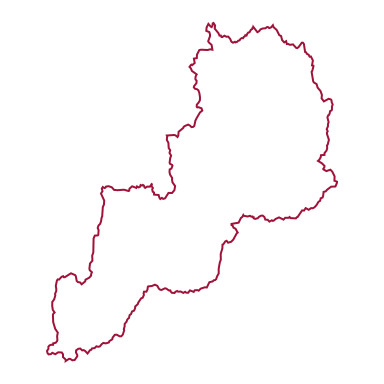 the district of General Sanchez Cerro, Moquegua, Peru
{"feature_id": "86281439B84975100544654", "entity_name": "General Sanchez Cerro", "entity_type": "district", "adm_level": 2, "iso_a3": "PER", "parent_name": "Peru", "parent_adm1": "Moquegua", "projection": "equal_earth", "projection_center": [-70.895, -16.478], "detail": "fine", "context": "isolated", "style": "outline", "palette": "rose", "viewbox_px": 384, "rotation_deg": 0, "n_neighbors": 0, "source": "geoboundaries", "source_scale": "gbopen_adm2", "svg_char_len": 5911}
<svg xmlns="http://www.w3.org/2000/svg" viewBox="0 0 384 384"><path d="M56.9,280.6L55.8,285.9L56.3,289.0L56.2,291.2L55.1,293.7L55.3,295.4L54.2,299.3L52.3,301.9L52.2,305.7L52.8,309.9L54.6,312.5L53.4,313.6L52.9,314.9L53.2,322.1L55.2,328.8L57.8,332.7L57.1,336.1L57.4,340.1L57.0,341.2L55.7,342.8L53.2,343.3L53.1,344.8L51.4,344.7L49.5,345.4L48.4,346.7L48.4,348.9L47.0,350.9L47.6,353.3L48.7,354.4L50.9,354.1L52.3,352.8L55.3,354.2L58.2,352.3L61.8,352.5L63.0,354.3L63.0,357.1L65.1,359.0L65.8,360.1L65.7,361.0L69.1,358.8L70.4,359.0L72.3,360.3L74.7,360.0L77.3,356.2L77.2,354.9L76.0,352.6L76.1,350.4L78.3,348.8L80.2,348.5L82.2,350.4L83.7,350.1L85.2,351.0L87.5,353.5L90.1,350.1L91.2,349.8L92.0,348.4L94.6,348.1L96.4,346.3L98.1,346.8L99.9,346.4L101.7,344.1L103.4,342.9L105.7,343.4L108.8,342.5L109.4,341.1L112.3,339.3L112.6,337.6L114.8,334.8L116.7,334.7L119.6,336.3L121.1,336.3L122.3,335.3L123.0,334.1L124.2,330.1L123.8,329.1L124.6,326.6L124.7,323.9L126.6,321.6L127.0,320.1L128.0,318.7L129.0,318.0L129.6,315.1L131.1,314.0L132.0,311.5L134.1,310.6L135.1,308.2L135.2,306.5L137.8,304.1L138.2,302.7L141.1,298.4L142.7,297.7L143.9,295.0L143.6,293.3L144.0,291.7L146.4,291.7L147.5,289.5L147.8,286.9L148.2,286.4L151.9,286.0L154.9,284.7L157.3,285.8L158.9,288.7L159.8,289.5L161.4,290.0L165.0,288.3L166.3,288.6L169.0,290.5L170.3,290.4L170.6,291.4L171.9,292.8L174.5,293.0L175.4,291.8L177.1,291.0L178.1,291.7L180.6,291.5L183.3,292.9L185.1,291.8L186.0,292.6L188.1,292.8L190.0,290.4L193.7,291.9L194.7,290.3L197.3,290.1L198.7,290.7L200.6,288.7L204.8,287.3L206.8,287.5L209.4,282.2L212.7,281.4L213.6,280.4L215.2,280.0L216.2,279.1L217.0,276.5L218.7,273.4L218.7,268.6L219.8,262.5L220.8,259.7L220.7,254.0L222.4,248.2L222.5,244.6L223.3,244.3L225.3,241.4L226.6,240.8L228.1,242.7L231.1,241.8L233.3,239.6L236.8,233.2L237.7,232.6L235.5,228.7L233.5,227.7L232.7,225.7L231.5,225.1L231.5,223.9L238.6,222.7L240.9,218.0L242.4,216.8L243.3,215.0L243.8,215.8L247.7,216.5L249.9,215.8L251.4,216.7L252.5,216.5L252.8,217.2L253.6,217.2L253.8,218.4L255.1,218.9L257.8,218.2L259.0,216.8L261.0,215.7L262.7,215.6L264.4,217.0L265.3,219.6L267.7,219.8L269.4,221.6L271.8,220.3L272.8,220.9L274.1,220.4L275.5,219.0L279.0,217.4L283.5,219.6L285.2,217.8L288.6,217.8L289.6,217.0L290.5,218.1L295.9,218.4L296.7,217.3L297.6,217.0L302.1,210.4L304.0,210.6L305.7,208.1L308.7,209.8L311.1,208.1L312.5,208.3L314.4,207.4L316.5,205.1L318.5,201.8L320.1,200.8L320.7,198.3L322.6,197.5L323.1,196.1L323.6,191.9L325.8,191.3L327.0,189.8L331.1,186.7L335.4,186.5L336.9,183.0L337.0,181.7L334.4,180.7L334.6,176.4L332.3,171.7L330.4,169.7L326.4,171.1L323.4,169.4L323.2,169.0L324.3,167.4L324.5,165.9L321.8,163.2L318.0,160.9L319.3,159.7L320.7,157.2L321.0,155.2L324.5,154.9L324.5,153.1L326.5,150.6L327.2,148.3L327.0,145.4L327.7,144.6L328.9,139.8L327.0,134.0L326.9,132.6L327.7,131.3L326.7,129.1L327.9,126.5L328.0,124.0L328.6,122.1L327.4,117.4L328.2,115.3L328.9,115.0L329.6,113.7L330.1,111.1L331.6,110.4L332.0,109.3L331.9,106.6L332.7,104.5L331.7,102.2L331.5,100.3L330.8,99.4L328.6,98.8L323.9,101.4L321.6,98.4L321.9,94.9L320.5,91.0L317.6,87.6L316.6,84.1L313.8,82.4L313.2,81.3L311.6,71.8L312.3,70.8L313.4,66.5L313.4,65.7L312.0,65.4L312.9,60.5L310.9,56.5L309.6,56.7L308.6,54.7L306.8,53.8L306.2,52.4L305.1,52.0L303.9,44.0L302.9,42.7L301.8,42.7L298.5,47.2L297.2,48.1L296.2,47.9L293.0,44.4L289.9,44.8L288.0,43.9L286.8,44.0L286.1,41.2L284.2,42.4L282.1,40.1L281.1,36.0L279.3,35.2L276.7,30.0L273.6,27.2L272.9,25.2L271.1,27.4L269.2,28.1L268.2,27.2L267.1,27.0L265.4,28.3L262.6,28.5L260.5,29.4L259.1,31.2L257.4,32.2L253.4,27.0L253.3,27.8L252.6,27.7L252.2,29.0L250.8,29.9L249.5,32.3L248.3,32.5L247.3,33.7L246.5,35.6L245.3,35.2L244.7,36.5L243.7,36.9L243.1,38.2L241.7,38.1L240.5,38.9L239.5,40.4L238.2,40.7L237.2,41.8L235.4,42.4L234.9,41.8L233.0,42.7L231.3,41.6L230.2,38.9L228.2,36.6L226.3,36.7L224.4,35.7L222.2,37.1L221.4,36.9L220.8,35.5L219.5,35.6L218.4,33.1L214.7,28.6L215.1,25.5L213.5,23.0L212.7,23.4L212.4,26.0L211.6,27.1L210.7,26.6L208.4,23.9L206.6,27.5L206.3,30.9L209.3,32.1L210.0,34.4L210.0,36.2L208.2,41.2L208.8,42.4L211.6,44.9L212.4,49.7L210.3,49.3L207.5,50.0L201.1,49.7L199.3,50.1L197.0,54.6L196.8,58.1L193.9,58.6L194.7,63.0L192.2,65.1L191.6,64.6L190.9,65.0L189.5,66.9L190.9,68.4L191.9,70.9L196.7,74.4L195.6,76.5L195.4,78.7L195.5,79.4L196.6,80.7L196.5,83.0L194.0,86.3L193.8,87.2L194.9,88.7L196.9,89.2L198.4,90.3L199.4,93.3L200.0,97.4L199.9,100.3L198.8,102.3L196.8,104.7L196.7,106.8L197.3,107.4L198.5,107.2L201.5,108.3L202.3,110.6L200.0,112.4L196.6,118.2L195.4,120.6L194.3,125.9L193.2,126.9L191.5,127.1L190.0,125.6L188.1,124.6L184.5,126.2L183.6,127.0L183.2,128.0L178.6,131.8L178.3,135.6L177.5,137.0L175.6,135.4L174.2,135.0L166.8,135.5L167.2,136.7L166.8,139.9L168.4,142.8L168.7,148.0L170.2,150.2L169.5,152.9L171.1,155.6L170.2,158.2L169.6,162.8L170.0,163.8L172.1,164.9L172.5,165.7L171.4,168.6L169.7,169.4L169.5,172.0L170.0,174.5L172.2,178.1L172.0,179.5L172.5,182.4L175.1,186.0L174.4,190.2L172.0,193.0L168.5,192.9L165.1,198.3L163.2,198.9L161.9,197.9L160.3,199.0L159.4,197.7L158.6,195.0L154.1,194.6L154.0,192.5L152.7,191.7L152.2,189.2L152.9,188.0L151.5,186.1L151.9,184.3L151.6,184.1L149.9,186.7L147.2,186.6L145.2,187.9L144.6,187.5L143.9,185.6L142.9,184.9L142.1,185.6L140.6,185.0L140.0,186.8L138.6,187.4L137.0,186.4L136.3,187.9L132.2,186.3L129.5,188.6L129.2,190.7L128.5,191.0L123.9,189.7L117.7,190.2L114.1,189.9L111.8,187.3L108.6,186.2L106.0,186.6L105.4,187.7L104.3,188.0L102.8,187.0L101.8,188.6L102.5,191.2L101.0,193.5L104.2,200.6L104.0,204.3L102.8,207.2L102.2,216.3L101.6,217.7L101.1,221.0L100.2,223.8L98.5,225.5L97.7,228.0L98.6,230.1L98.3,234.8L97.8,235.4L94.8,235.6L93.6,238.4L93.3,252.5L92.2,255.6L92.4,260.7L90.0,263.5L89.4,268.8L89.8,270.3L91.9,272.2L91.1,274.3L91.1,275.6L89.2,277.7L85.5,279.7L85.2,281.4L81.6,284.3L80.2,282.5L77.8,282.0L76.7,280.9L75.8,276.1L75.1,275.1L71.0,273.3L64.8,277.2L63.8,277.2L63.2,276.2L61.6,276.8L59.0,279.6L57.7,279.4L56.9,280.6Z" fill="none" stroke="#9f1239" stroke-width="2"/></svg>